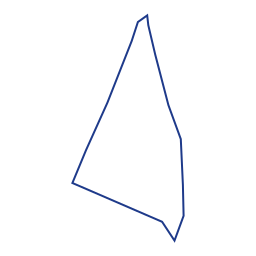 map outline of Laborie (Robinson projection)
{"feature_id": "LCA-5082", "entity_name": "Laborie", "entity_type": "Quarter", "adm_level": 1, "iso_a3": "LCA", "parent_name": "Saint Lucia", "parent_adm1": "", "projection": "robinson", "projection_center": [-60.981, 13.781], "detail": "fine", "context": "isolated", "style": "outline", "palette": "blue", "viewbox_px": 256, "rotation_deg": 0, "n_neighbors": 0, "source": "natural_earth", "source_scale": "10m", "svg_char_len": 300}
<svg xmlns="http://www.w3.org/2000/svg" viewBox="0 0 256 256"><path d="M174.5,240.6L162.1,221.8L72.4,183.0L86.0,150.2L107.4,102.7L131.7,41.0L137.9,22.0L147.2,15.4L148.3,25.2L155.2,54.5L168.4,105.1L180.8,139.1L182.9,185.0L183.6,215.8L174.5,240.6Z" fill="none" stroke="#1e3a8a" stroke-width="2"/></svg>